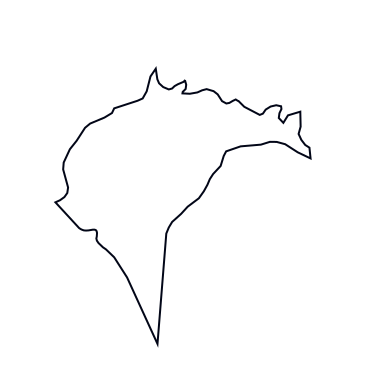 outline of Al Qalyubiyah, rotated 68°
{"feature_id": "EGY-1534", "entity_name": "Al Qalyubiyah", "entity_type": "Governorate", "adm_level": 1, "iso_a3": "EGY", "parent_name": "Egypt", "parent_adm1": "", "projection": "mercator", "projection_center": [31.238, 30.352], "detail": "fine", "context": "isolated", "style": "outline", "palette": "ink", "viewbox_px": 384, "rotation_deg": 68, "n_neighbors": 0, "source": "natural_earth", "source_scale": "10m", "svg_char_len": 1381}
<svg xmlns="http://www.w3.org/2000/svg" viewBox="0 0 384 384"><g transform="rotate(68 192 192)"><path d="M319.9,280.9L246.9,284.2L223.4,288.6L212.9,293.3L209.9,295.3L204.3,297.8L201.5,298.4L199.3,298.1L197.5,296.9L194.4,295.4L192.6,295.1L191.2,295.5L190.4,296.5L189.8,298.0L188.8,302.5L188.0,304.8L187.1,306.6L185.9,308.0L184.7,309.1L183.1,310.2L150.4,322.5L150.2,317.5L148.9,312.2L146.2,308.0L141.4,305.2L122.8,303.0L116.6,299.9L106.6,289.2L101.3,279.8L92.4,267.1L90.4,260.8L90.2,245.3L88.8,236.6L85.3,232.8L87.0,208.3L86.8,202.7L81.7,196.3L69.3,187.2L64.1,179.4L74.5,181.9L78.9,181.8L83.9,179.4L88.2,175.1L88.6,171.7L87.3,168.5L86.8,164.7L86.7,158.4L85.6,156.4L86.0,156.7L90.4,157.2L94.1,159.3L95.7,163.1L97.0,163.9L100.1,157.2L101.7,149.7L101.5,144.5L102.1,139.9L106.6,134.2L111.1,131.6L119.0,130.1L122.8,127.0L123.4,124.0L122.8,120.1L122.6,116.8L124.6,115.4L125.1,114.8L132.6,111.6L145.9,100.3L145.9,96.9L143.2,92.8L142.2,87.1L143.1,81.4L145.9,77.3L148.6,78.0L151.7,81.4L155.9,83.8L162.1,81.4L156.9,74.3L158.1,61.5L172.1,66.8L178.1,71.4L184.6,71.1L190.8,69.4L194.9,66.5L205.3,69.5L194.8,79.1L182.6,87.7L177.3,94.7L174.7,100.9L173.9,110.4L167.9,129.8L167.1,145.1L170.5,149.1L178.6,155.7L183.2,165.6L186.7,170.6L191.1,175.0L195.8,180.8L200.4,188.0L204.0,201.5L208.2,210.3L212.3,221.6L216.2,226.8L220.9,231.4L319.9,280.9Z" fill="none" stroke="#020617" stroke-width="2"/></g></svg>